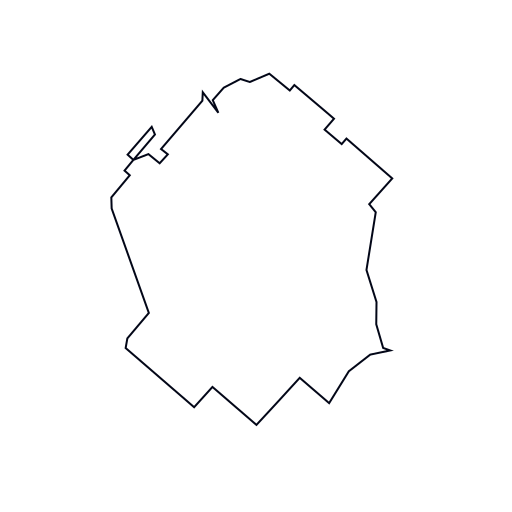 Macon, Georgia, United States of America, rotated 310°
{"feature_id": "52423323B39498554570505", "entity_name": "Macon", "entity_type": "district", "adm_level": 2, "iso_a3": "USA", "parent_name": "United States of America", "parent_adm1": "Georgia", "projection": "natural_earth1", "projection_center": [-84.01, 32.351], "detail": "fine", "context": "isolated", "style": "outline", "palette": "ink", "viewbox_px": 512, "rotation_deg": 310, "n_neighbors": 0, "source": "geoboundaries", "source_scale": "gbopen_adm2", "svg_char_len": 764}
<svg xmlns="http://www.w3.org/2000/svg" viewBox="0 0 512 512"><g transform="rotate(310 256 256)"><path d="M404.2,149.0L385.3,139.4L381.6,130.3L364.2,123.1L347.6,122.7L341.5,135.1L347.2,110.0L340.5,115.1L276.9,114.5L277.2,123.1L265.1,122.6L264.9,108.1L250.8,100.3L236.9,100.4L236.7,107.4L207.9,107.5L199.6,114.9L143.5,210.5L110.2,210.4L101.7,215.3L101.4,236.7L100.4,305.8L127.7,306.8L126.9,364.9L155.5,366.3L190.8,367.8L190.3,406.6L227.4,401.2L253.9,406.9L269.9,419.5L267.3,412.5L281.0,392.0L298.2,377.9L316.3,349.6L366.5,319.6L368.5,309.4L403.0,310.5L404.1,249.8L396.8,249.7L396.9,227.3L411.3,227.5L411.4,216.8L411.6,175.5L404.5,175.5L404.2,149.0ZM287.9,93.1L251.1,92.5L250.8,100.3L284.1,100.5L287.9,93.1Z" fill="none" stroke="#020617" stroke-width="2"/></g></svg>